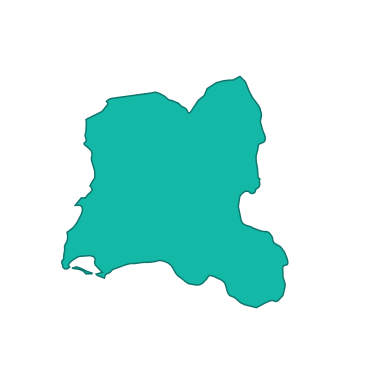 the border of Murcia, rotated 116°
{"feature_id": "ESP-5836", "entity_name": "Murcia", "entity_type": "Autonomous Community", "adm_level": 1, "iso_a3": "ESP", "parent_name": "Spain", "parent_adm1": "", "projection": "robinson", "projection_center": [-1.387, 38.068], "detail": "fine", "context": "isolated", "style": "filled", "palette": "teal", "viewbox_px": 384, "rotation_deg": 116, "n_neighbors": 0, "source": "natural_earth", "source_scale": "10m", "svg_char_len": 3694}
<svg xmlns="http://www.w3.org/2000/svg" viewBox="0 0 384 384"><g transform="rotate(116 192 192)"><path d="M307.8,233.0L308.5,240.4L307.8,242.2L303.6,237.3L299.9,247.1L297.9,248.7L294.5,249.6L293.2,252.2L293.8,255.6L298.8,264.3L300.3,266.1L305.3,269.3L308.8,270.9L311.8,271.2L313.1,269.0L315.9,270.6L316.9,272.7L316.3,274.9L314.1,276.6L312.9,277.9L311.5,278.6L310.2,278.6L308.8,277.7L307.4,278.6L303.2,280.1L300.7,280.7L296.3,282.9L290.6,282.9L288.6,283.3L286.5,284.3L282.8,286.7L281.4,285.7L275.4,282.9L270.3,282.0L260.6,281.7L257.9,282.1L255.5,282.9L253.8,284.3L253.0,286.1L253.5,287.9L255.2,291.1L250.4,290.0L245.8,288.9L244.8,286.8L244.0,285.2L240.8,284.7L236.3,283.0L234.2,282.4L231.9,284.6L231.3,286.4L227.0,286.2L221.8,285.6L217.3,287.8L214.9,289.4L208.1,295.8L205.5,297.4L202.5,298.0L201.7,298.4L200.5,299.3L199.3,300.3L198.9,301.2L198.5,302.1L196.8,308.2L196.7,309.4L195.4,310.4L194.5,310.1L193.6,309.5L192.6,309.4L191.2,310.2L188.2,312.8L186.8,313.3L184.5,313.7L176.7,317.0L173.2,319.0L159.4,308.4L158.0,307.9L150.1,306.1L149.4,306.3L148.7,307.0L148.5,307.9L148.1,308.6L147.3,308.4L146.1,307.8L145.0,307.1L143.2,305.4L120.4,271.3L119.0,269.7L118.4,268.6L117.9,266.7L117.7,263.6L117.8,262.1L117.9,259.2L118.1,257.8L118.8,255.9L119.3,253.5L119.2,252.2L118.6,250.3L118.2,243.7L118.4,242.6L119.5,239.7L119.6,238.6L119.6,235.3L119.9,233.9L120.5,232.6L122.3,230.4L122.3,229.3L121.2,228.4L106.9,226.5L101.4,223.9L99.5,223.2L92.4,223.7L86.6,220.1L83.2,218.1L78.8,213.1L75.7,208.5L73.7,204.8L73.6,204.5L73.5,204.4L72.3,203.3L67.1,199.6L69.3,193.0L70.1,191.7L75.9,185.4L80.5,179.3L84.9,170.7L86.5,168.2L90.9,164.2L92.8,163.1L94.6,162.5L97.6,161.9L99.4,161.0L105.8,155.3L109.8,150.8L112.3,149.3L114.0,149.0L115.2,149.2L116.4,149.9L119.0,152.3L119.9,152.8L121.1,152.8L125.2,151.5L130.0,150.6L132.5,149.8L136.2,147.8L142.0,143.6L149.9,139.0L150.4,137.9L150.4,136.9L150.6,136.6L151.3,136.6L153.3,136.1L154.3,135.1L155.4,134.5L156.8,134.1L158.0,134.1L159.0,134.3L160.7,135.4L161.6,135.8L164.1,135.4L165.1,135.5L165.9,136.0L166.6,136.7L167.1,137.4L167.3,138.3L167.3,139.3L166.9,140.2L166.8,141.2L166.9,142.2L167.3,143.1L167.8,144.0L168.5,144.8L169.4,145.3L171.4,146.3L172.7,146.7L174.2,147.0L175.7,146.9L184.7,144.1L195.8,135.5L197.2,133.9L197.9,132.7L198.2,131.3L198.3,129.8L198.2,128.4L197.5,123.9L197.6,120.8L197.1,115.0L196.6,112.0L195.8,109.5L195.2,108.4L195.0,107.7L194.8,106.6L194.7,105.5L195.0,104.5L195.4,103.5L197.2,100.3L198.6,99.1L200.4,97.9L201.3,96.6L201.9,95.4L202.1,92.6L202.1,91.2L202.5,88.3L205.1,83.1L209.8,77.7L212.4,75.5L214.5,74.5L215.7,74.7L216.6,75.6L217.4,76.7L218.5,77.4L220.2,77.4L228.7,72.8L232.6,69.1L234.0,67.9L235.5,67.2L244.5,65.0L246.0,65.2L251.5,66.9L252.8,67.6L253.6,68.5L253.9,69.8L254.0,71.2L254.4,72.4L255.0,73.6L259.2,77.3L267.7,83.4L270.2,95.3L270.2,100.0L268.7,105.1L268.2,108.0L268.5,112.3L268.1,113.7L267.4,115.0L266.4,116.2L260.6,121.3L259.6,122.7L258.6,124.7L258.2,127.6L258.3,135.2L258.8,138.0L259.4,139.8L260.7,140.3L263.7,140.7L269.3,142.5L271.1,143.7L271.9,144.4L273.6,147.0L275.8,154.4L275.8,156.6L275.2,159.7L274.7,161.1L273.7,166.9L273.3,168.4L272.1,171.0L267.7,177.4L266.9,179.5L266.2,182.9L266.5,186.5L267.2,189.9L268.1,191.8L269.2,193.1L270.1,194.0L270.7,194.7L273.9,199.6L276.3,204.4L276.4,204.5L278.1,207.4L279.1,208.7L281.2,211.8L283.0,215.4L283.9,216.8L288.2,221.5L289.4,222.5L295.9,228.9L297.1,229.6L299.8,230.4L301.1,231.1L302.2,232.1L303.1,232.9L303.7,233.3L304.9,233.6L307.7,233.0L307.8,233.0ZM312.1,251.2L310.7,255.3L311.0,259.6L313.1,266.5L309.9,263.0L309.3,257.6L309.4,251.5L308.7,246.3L309.5,246.2L309.7,246.5L309.7,247.0L309.9,247.4L310.4,248.2L311.3,250.1L312.1,251.2Z" fill="#14b8a6" stroke="#0f766e" stroke-width="1.5"/></g></svg>